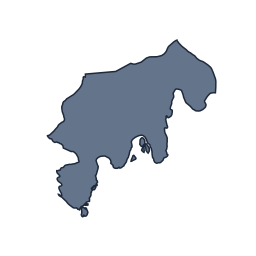 outline of Chaves, Pará, Brazil, rotated 104°
{"feature_id": "56859067B61286453634561", "entity_name": "Chaves", "entity_type": "district", "adm_level": 2, "iso_a3": "BRA", "parent_name": "Brazil", "parent_adm1": "Pará", "projection": "albers", "projection_center": [-49.534, 0.015], "detail": "fine", "context": "isolated", "style": "filled", "palette": "slate", "viewbox_px": 256, "rotation_deg": 104, "n_neighbors": 0, "source": "geoboundaries", "source_scale": "gbopen_adm2", "svg_char_len": 5954}
<svg xmlns="http://www.w3.org/2000/svg" viewBox="0 0 256 256"><g transform="rotate(104 128 128)"><path d="M86.0,182.4L87.2,182.0L89.0,181.9L88.9,183.2L89.1,183.5L89.5,183.7L91.4,183.3L93.3,183.5L94.3,183.4L95.3,183.2L96.4,183.2L99.4,183.9L101.9,184.9L107.8,188.3L108.9,189.1L114.6,194.6L116.4,195.4L118.1,196.9L119.3,197.2L121.0,197.1L123.1,197.4L124.6,197.1L128.1,195.7L131.5,193.4L132.8,192.9L133.9,192.1L134.9,191.7L136.0,191.7L136.9,191.9L138.1,192.9L138.6,193.7L141.3,195.8L142.3,196.3L143.9,196.6L144.9,197.1L146.3,197.9L148.6,199.0L153.9,202.4L154.8,204.1L155.1,204.3L156.4,202.9L156.5,202.6L157.3,201.3L157.1,199.5L157.4,199.1L158.7,198.0L159.4,196.7L159.7,195.5L158.7,193.6L159.1,193.0L159.0,191.5L159.2,191.3L159.6,190.0L159.6,188.9L159.9,188.6L160.4,187.5L161.2,186.7L163.1,185.9L164.6,177.5L164.1,175.8L164.2,175.2L164.6,174.0L165.8,171.9L168.8,169.1L171.0,168.3L172.3,167.4L172.8,167.4L173.2,167.7L174.1,169.2L175.6,171.1L176.4,173.2L177.1,174.5L177.5,176.2L178.8,178.9L179.5,180.0L179.9,180.3L181.8,181.1L182.9,183.1L183.2,183.3L184.5,183.7L185.0,183.6L185.4,183.8L185.6,184.6L186.5,186.0L186.6,186.8L187.1,186.8L188.4,186.1L189.0,185.5L190.7,182.8L191.3,182.4L191.9,182.6L192.7,183.7L193.7,184.4L194.5,184.5L195.4,184.0L196.6,182.7L198.0,179.3L199.0,178.5L199.5,178.4L200.3,178.8L200.7,179.4L201.0,180.1L201.6,180.6L202.9,180.6L204.6,179.5L207.6,176.8L208.5,176.3L209.3,176.0L209.7,176.1L209.9,176.5L209.6,178.0L209.1,179.0L209.2,179.5L209.9,178.9L210.4,178.2L211.2,175.3L212.8,172.6L214.2,170.0L215.2,168.9L216.3,167.2L217.1,165.6L217.5,164.4L218.0,163.6L218.1,162.8L218.5,162.3L218.7,161.1L218.0,158.4L218.2,158.0L219.0,157.1L218.8,156.5L219.2,155.4L216.1,154.7L215.3,154.1L214.5,153.0L213.8,152.4L212.7,151.9L210.8,150.6L210.1,150.4L208.7,148.5L208.7,147.8L208.4,147.6L206.3,148.1L205.9,148.2L205.6,148.6L205.0,148.5L204.1,148.1L202.8,147.7L201.4,147.8L200.1,148.3L199.4,147.9L199.0,148.0L198.7,148.2L197.2,147.6L195.9,148.3L195.8,148.8L195.4,148.8L194.6,148.5L193.4,147.6L192.4,147.2L192.1,146.4L191.8,146.2L191.5,145.9L191.6,144.6L191.4,144.2L191.0,144.1L190.3,144.4L190.1,145.2L189.7,145.2L188.0,144.4L187.6,144.6L186.7,145.1L186.6,145.6L185.9,146.3L185.5,146.2L185.2,146.3L182.4,147.8L182.3,148.1L181.9,148.1L181.3,147.6L180.4,147.5L174.4,147.3L173.7,147.6L173.2,147.4L172.5,147.6L170.9,148.9L167.4,151.1L165.8,151.0L164.2,150.1L162.7,148.6L162.0,147.4L161.5,146.1L160.8,143.8L160.9,142.7L161.5,140.7L161.6,139.5L163.2,137.3L165.2,136.2L165.7,136.1L166.2,136.3L166.6,135.9L166.9,135.0L167.5,134.3L167.9,133.4L169.1,133.1L169.9,132.2L170.2,130.7L169.7,128.7L169.4,128.1L168.6,127.6L168.3,127.1L168.8,126.7L168.9,126.4L168.5,125.4L167.9,124.7L166.9,124.0L165.6,122.8L164.4,122.7L163.7,122.3L161.1,121.4L158.8,121.4L156.2,120.6L155.0,120.6L153.9,120.5L150.4,120.6L149.4,120.5L148.6,120.1L146.1,120.0L145.5,119.5L144.2,119.8L140.8,121.4L139.1,121.3L137.1,120.2L135.4,118.8L134.4,117.7L132.7,115.5L131.6,112.8L131.6,112.0L132.4,109.7L134.6,107.4L137.7,105.5L139.0,102.7L140.6,101.9L141.4,101.3L142.0,100.6L144.2,99.5L144.6,99.2L147.8,98.2L150.7,97.0L151.6,95.8L153.1,95.1L154.5,94.0L155.1,92.7L155.2,91.7L155.1,91.3L154.3,90.0L154.2,89.2L153.6,88.0L150.7,86.2L148.6,86.0L146.8,83.8L145.7,83.0L144.8,82.8L144.4,82.8L144.1,83.2L143.8,84.1L143.0,84.3L142.5,84.5L140.7,85.8L140.3,85.8L139.5,85.4L136.4,85.6L134.0,86.4L131.6,86.7L128.1,87.6L126.3,88.8L124.2,90.6L122.8,91.5L119.5,92.5L119.1,92.3L118.8,92.0L118.8,90.6L118.5,90.0L117.9,89.8L117.2,89.9L115.2,91.2L110.4,93.6L109.4,93.4L108.7,93.4L107.6,93.9L107.1,93.7L106.9,93.3L108.3,91.6L108.1,91.0L106.3,89.3L104.9,88.8L104.1,88.7L101.3,89.0L100.2,89.3L99.9,89.7L99.6,91.3L98.8,91.8L96.4,91.8L94.4,91.5L93.3,91.6L92.3,91.9L91.3,92.0L89.0,91.6L87.0,91.1L85.9,91.4L83.3,92.6L79.2,91.4L78.5,90.7L78.2,88.9L78.2,87.6L78.3,86.3L78.7,85.1L82.2,82.7L84.6,81.5L88.2,78.9L89.4,77.8L91.8,72.9L94.0,69.7L94.3,68.4L94.2,68.0L94.8,67.1L94.9,66.1L94.4,63.5L93.9,62.2L92.1,60.0L89.9,58.4L88.7,57.9L87.4,57.8L86.4,58.0L85.4,58.7L84.2,60.0L83.1,60.3L82.5,60.1L78.0,58.6L75.2,57.1L74.2,56.2L73.1,53.7L72.7,51.7L67.6,52.6L61.3,54.1L59.2,55.0L53.5,58.8L50.5,61.1L49.2,62.4L47.5,65.7L45.8,70.2L45.3,72.2L45.3,73.7L44.8,75.7L43.7,78.2L41.7,80.9L41.2,82.8L40.0,85.5L39.4,87.9L37.7,90.9L35.8,95.3L33.2,99.4L31.3,101.6L30.9,101.7L31.2,102.3L33.1,104.2L38.7,108.1L39.5,108.5L41.5,109.0L43.5,109.2L45.3,109.8L47.3,110.8L49.6,112.9L51.8,117.0L53.7,124.0L54.1,124.7L55.7,127.1L60.9,131.1L64.1,136.2L64.5,137.2L64.7,138.3L64.6,141.0L76.1,153.6L86.0,182.4ZM219.9,146.5L219.4,146.6L217.5,147.8L217.0,149.6L215.9,151.8L215.8,152.8L216.0,153.1L217.1,153.5L218.4,153.6L219.4,153.0L221.0,152.4L222.2,152.3L223.2,152.4L224.1,152.0L224.9,151.2L225.1,150.7L224.9,150.2L223.4,149.9L223.4,149.5L223.8,149.4L224.1,149.1L223.8,147.9L223.3,147.2L222.0,146.7L219.9,146.5ZM140.5,108.8L139.2,107.9L138.2,108.1L137.5,108.5L137.0,108.4L136.0,108.7L134.3,110.6L134.0,111.4L134.1,112.2L135.5,113.1L136.8,113.4L138.4,113.0L141.0,112.6L141.6,111.8L142.1,111.4L142.5,110.7L142.4,110.0L141.9,109.3L140.5,108.8ZM140.7,107.4L142.8,106.0L145.4,105.1L147.0,103.3L147.5,102.4L145.6,101.8L144.4,101.9L142.5,102.5L141.2,103.7L139.2,106.1L139.0,106.7L139.2,107.2L139.8,107.4L140.7,107.4ZM159.5,116.6L157.6,114.6L156.5,113.1L155.7,112.9L155.3,113.0L153.2,115.5L153.1,115.9L153.7,116.5L156.2,116.7L157.2,117.0L158.5,117.1L159.6,117.0L159.5,116.6ZM146.8,108.8L147.7,107.1L147.8,106.6L146.7,106.6L141.9,108.2L142.5,109.0L143.6,109.2L144.6,109.2L145.7,109.5L146.3,109.4L146.8,108.8ZM195.2,147.7L196.0,147.5L196.3,147.2L196.4,146.9L196.2,146.6L196.2,146.0L195.6,145.5L194.1,145.1L193.7,144.9L193.0,145.0L192.6,146.3L194.2,147.6L195.2,147.7ZM213.2,150.0L212.6,149.3L211.4,148.8L211.4,149.8L211.9,150.3L212.6,150.7L213.3,150.8L213.2,150.0ZM216.3,149.8L216.7,149.3L216.7,148.8L216.1,148.8L215.7,149.6L215.8,150.0L216.3,149.8ZM212.7,148.4L212.3,148.2L212.0,148.3L212.3,148.7L212.6,148.8L212.7,148.4Z" fill="#64748b" stroke="#1e293b" stroke-width="1.5"/></g></svg>